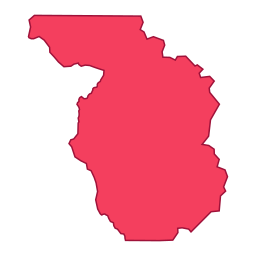 the district of Chaffee, Colorado, United States of America
{"feature_id": "52423323B55010053524347", "entity_name": "Chaffee", "entity_type": "district", "adm_level": 2, "iso_a3": "USA", "parent_name": "United States of America", "parent_adm1": "Colorado", "projection": "albers", "projection_center": [-106.275, 38.74], "detail": "fine", "context": "isolated", "style": "filled", "palette": "rose", "viewbox_px": 256, "rotation_deg": 0, "n_neighbors": 0, "source": "geoboundaries", "source_scale": "gbopen_adm2", "svg_char_len": 1722}
<svg xmlns="http://www.w3.org/2000/svg" viewBox="0 0 256 256"><path d="M34.4,15.4L29.1,20.0L30.6,27.0L28.5,36.6L29.0,37.7L31.2,38.7L33.7,38.7L39.1,36.5L44.2,40.1L49.6,47.3L49.9,52.3L54.1,56.8L58.5,62.0L63.9,66.7L70.9,66.2L74.0,64.1L78.3,63.1L78.9,64.5L81.2,66.2L85.2,65.1L89.7,65.5L94.0,67.1L98.7,68.7L104.0,70.4L103.6,75.3L100.7,80.0L100.3,81.4L98.2,82.8L97.3,84.2L97.3,86.2L96.7,87.2L94.6,87.5L93.6,87.9L92.8,88.9L92.8,90.1L92.1,91.5L91.3,93.3L89.9,93.8L88.9,94.6L87.9,96.0L87.7,97.1L87.0,98.3L85.9,98.6L84.0,98.7L82.0,97.1L81.5,96.6L80.4,97.2L79.6,97.9L78.9,99.4L78.9,101.5L77.6,102.6L77.0,104.4L78.0,105.7L78.5,106.6L79.1,107.7L79.5,109.6L78.8,110.9L79.1,113.6L79.1,115.2L78.8,116.8L78.2,118.0L78.5,119.7L78.9,121.8L78.2,123.0L78.1,126.2L77.9,133.7L73.7,139.0L70.8,139.8L69.0,143.6L71.7,146.8L75.0,156.9L80.9,160.8L86.4,163.5L87.4,169.1L91.1,170.7L94.2,177.4L96.1,182.9L97.6,191.5L95.7,199.8L97.7,209.0L100.1,213.5L100.9,214.4L101.8,215.0L102.9,214.3L104.8,214.0L106.0,214.9L107.7,215.6L108.8,218.5L110.5,221.5L113.4,222.7L113.8,225.7L115.2,228.2L117.5,229.1L120.9,233.6L123.8,234.0L124.9,236.2L125.0,238.2L125.5,240.4L159.2,240.6L172.8,240.1L177.9,232.6L177.7,228.3L182.1,227.8L188.7,229.1L191.0,231.9L211.1,211.7L219.2,210.9L220.5,195.9L225.6,191.1L223.6,186.9L227.5,176.7L225.0,169.9L217.1,166.8L219.2,159.4L214.3,154.0L214.1,149.2L208.8,145.5L202.1,144.4L208.6,136.2L210.5,119.8L219.4,104.2L209.7,92.4L209.2,88.1L214.2,81.1L209.7,76.4L200.6,77.5L199.2,73.2L202.9,69.2L197.3,64.9L195.0,66.0L185.7,56.2L177.4,56.5L175.3,60.1L169.9,57.4L162.9,57.2L162.1,51.8L164.7,45.1L163.4,40.4L153.4,36.7L147.0,39.1L144.0,32.0L140.2,29.6L143.1,22.3L140.8,16.1L34.4,15.4Z" fill="#f43f5e" stroke="#9f1239" stroke-width="1.5"/></svg>